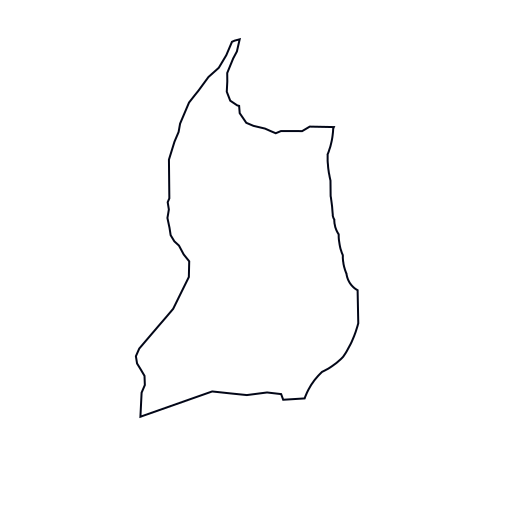 Mit Ghamr, Ad Daqahliyah, Egypt, rotated 203°
{"feature_id": "37247803B10909701940084", "entity_name": "Mit Ghamr", "entity_type": "district", "adm_level": 2, "iso_a3": "EGY", "parent_name": "Egypt", "parent_adm1": "Ad Daqahliyah", "projection": "natural_earth1", "projection_center": [31.269, 30.712], "detail": "fine", "context": "isolated", "style": "outline", "palette": "ink", "viewbox_px": 512, "rotation_deg": 203, "n_neighbors": 0, "source": "geoboundaries", "source_scale": "gbopen_adm2", "svg_char_len": 3415}
<svg xmlns="http://www.w3.org/2000/svg" viewBox="0 0 512 512"><g transform="rotate(203 256 256)"><path d="M234.7,405.1L257.1,396.1L262.3,389.0L281.8,380.8L285.8,376.7L291.6,376.7L297.5,376.8L309.2,374.8L317.0,374.8L326.8,381.1L330.2,387.6L332.1,387.3L340.4,388.9L347.1,395.8L350.6,405.4L354.0,413.2L354.2,428.9L353.5,436.8L355.7,449.1L359.8,445.9L361.8,443.8L361.8,441.7L361.8,439.7L361.8,435.5L361.8,433.4L361.8,429.2L363.8,414.7L369.7,402.2L373.6,385.6L375.2,380.0L377.6,371.1L377.6,366.9L377.6,360.7L377.6,348.2L375.7,339.9L375.7,329.4L373.8,310.7L358.3,275.2L358.3,271.0L354.4,264.8L353.3,260.3L352.4,256.4L346.6,248.1L342.7,241.8L336.9,237.6L331.0,235.5L323.2,229.2L315.4,225.0L312.7,218.2L311.9,216.2L309.6,210.4L310.8,189.6L311.6,175.0L314.9,164.4L318.1,154.4L322.8,139.5L327.3,125.2L327.4,116.8L323.5,110.6L317.6,106.4L311.8,102.1L307.9,93.8L307.9,85.5L299.6,62.9L243.4,114.2L225.6,119.6L210.1,124.4L192.5,134.7L178.9,138.7L174.8,134.3L155.6,143.9L155.6,144.5L155.7,145.2L155.7,146.9L155.7,148.5L155.7,150.2L155.6,151.9L155.5,153.6L155.3,155.2L155.1,156.9L154.9,158.6L154.6,160.2L154.2,161.9L153.9,163.5L153.5,165.1L153.0,166.7L152.5,168.3L152.0,169.9L151.4,171.5L150.8,173.0L150.2,174.5L150.0,174.9L149.9,175.2L149.1,176.1L148.0,177.4L146.9,178.8L145.8,180.1L144.8,181.5L143.8,183.0L142.9,184.4L142.0,185.9L141.1,187.4L140.2,188.9L139.4,190.5L138.7,192.0L137.9,193.6L137.2,195.2L136.6,196.8L136.4,197.3L136.0,199.4L135.6,201.5L135.3,203.6L135.1,205.7L134.9,207.9L134.7,210.0L134.5,212.1L134.4,214.2L134.4,216.3L134.4,218.5L134.4,220.6L134.5,222.7L134.6,224.9L134.8,227.0L135.0,229.1L135.2,231.2L135.5,233.3L135.5,233.7L135.6,234.1L149.1,264.2L149.4,264.2L149.7,264.3L150.7,264.4L151.6,264.6L152.1,264.7L152.6,264.8L153.5,265.1L154.0,265.3L154.4,265.4L155.3,265.8L155.8,266.0L156.2,266.2L157.1,266.6L157.5,266.9L157.9,267.1L158.8,267.6L159.2,267.9L159.6,268.2L160.4,268.8L160.7,269.1L161.1,269.4L161.9,270.1L162.2,270.4L162.6,270.8L163.2,271.5L163.6,271.9L163.9,272.3L164.5,273.1L164.8,273.5L165.1,273.9L165.6,274.7L165.7,274.9L165.9,275.2L166.0,275.2L166.9,276.1L167.4,276.7L167.9,277.2L168.8,278.2L169.2,278.7L169.6,279.2L170.5,280.3L170.9,280.8L171.3,281.4L172.1,282.5L172.5,283.1L172.8,283.7L173.5,284.8L173.9,285.4L174.2,286.0L174.9,287.3L175.2,287.9L175.5,288.5L176.0,289.8L176.4,290.6L176.8,291.1L177.9,292.1L178.9,293.2L179.9,294.4L180.9,295.5L181.8,296.7L182.7,298.0L183.5,299.2L184.3,300.5L185.1,301.8L185.9,303.1L186.6,304.4L187.3,305.8L187.9,307.2L188.4,308.3L188.8,308.5L189.1,308.8L189.6,309.1L190.4,309.7L190.8,310.1L191.2,310.4L192.0,311.1L192.3,311.4L192.7,311.8L193.4,312.6L193.7,312.9L194.1,313.3L194.7,314.1L195.0,314.6L195.3,315.0L195.9,315.9L196.2,316.3L196.5,316.7L197.0,317.7L197.2,318.1L197.5,318.6L197.9,319.5L198.1,320.1L198.7,320.5L199.1,320.9L199.5,321.2L199.7,321.4L200.2,322.0L200.6,322.5L201.1,323.1L201.4,323.9L202.7,326.3L204.0,328.8L205.3,331.3L206.7,333.7L208.1,336.1L209.5,338.4L209.5,338.5L210.7,340.3L216.9,354.5L217.9,355.9L219.1,357.6L220.2,359.3L221.4,361.0L222.4,362.7L223.5,364.5L224.5,366.3L225.4,368.1L226.4,369.9L227.3,371.7L228.1,373.6L228.9,375.5L229.7,377.4L229.8,377.5L229.8,379.2L229.9,381.0L230.1,382.8L230.2,384.6L230.4,386.3L230.7,388.1L231.0,389.9L231.3,391.6L231.7,393.4L232.1,395.1L232.6,396.9L233.1,398.6L233.6,400.3L234.2,402.0L234.7,403.4L234.7,403.6L234.7,403.8L234.7,404.9L234.7,405.1Z" fill="none" stroke="#020617" stroke-width="2"/></g></svg>